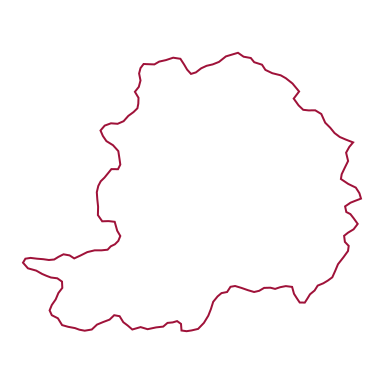 outline of Carmésia, Minas Gerais, Brazil
{"feature_id": "56859067B47042925526830", "entity_name": "Carmésia", "entity_type": "district", "adm_level": 2, "iso_a3": "BRA", "parent_name": "Brazil", "parent_adm1": "Minas Gerais", "projection": "orthographic", "projection_center": [-43.185, -19.056], "detail": "fine", "context": "isolated", "style": "outline", "palette": "rose", "viewbox_px": 384, "rotation_deg": 0, "n_neighbors": 0, "source": "geoboundaries", "source_scale": "gbopen_adm2", "svg_char_len": 2356}
<svg xmlns="http://www.w3.org/2000/svg" viewBox="0 0 384 384"><path d="M353.1,142.4L345.6,139.5L339.8,137.0L334.6,133.1L330.2,127.7L325.2,122.7L321.3,114.0L315.2,110.3L308.6,110.4L303.2,109.8L298.6,105.4L293.7,98.6L299.1,91.5L292.5,83.5L285.8,78.2L280.7,75.3L272.3,73.2L265.4,69.9L262.0,64.7L254.2,62.2L250.8,58.0L243.6,56.7L238.0,52.8L232.9,54.3L225.9,56.4L219.0,61.9L212.7,64.4L206.6,65.8L201.2,68.3L195.9,72.4L191.0,73.9L187.1,69.6L184.1,64.5L180.4,58.8L173.2,57.7L165.9,60.1L159.2,61.6L154.4,64.4L148.3,64.2L143.6,64.0L140.5,68.1L139.1,73.5L140.5,80.5L138.8,86.9L134.9,91.8L138.5,97.8L138.3,103.7L137.4,108.3L133.5,112.1L128.3,115.9L123.6,121.2L117.6,123.8L111.0,123.3L104.7,125.6L100.5,130.5L102.9,136.0L106.4,141.1L113.0,145.2L118.3,151.1L119.5,158.9L120.3,164.6L118.0,169.2L111.4,169.1L108.0,173.3L104.4,177.7L100.7,181.3L98.3,185.9L96.8,192.2L97.3,199.2L98.1,206.8L97.9,215.1L102.2,221.3L108.6,221.1L114.7,221.8L117.2,230.7L120.3,236.0L118.3,240.9L114.9,244.3L110.8,246.3L107.6,249.7L101.8,250.3L94.8,250.3L87.3,252.1L80.3,255.6L74.2,258.4L69.6,255.4L63.5,254.3L58.4,256.9L54.2,259.5L48.9,260.0L43.3,259.2L37.1,258.7L30.5,257.9L25.4,258.7L23.0,262.7L27.9,268.3L36.2,270.6L42.0,273.9L46.4,275.8L50.9,277.5L57.3,278.3L62.0,281.6L62.3,287.9L58.4,293.0L55.7,299.4L51.8,305.0L49.6,310.4L51.8,315.2L57.9,318.3L62.1,325.1L68.1,326.8L75.0,328.1L79.4,329.7L84.7,330.7L91.8,329.5L97.0,324.6L103.0,322.1L109.6,319.6L114.2,315.2L119.6,316.2L123.3,322.2L127.8,325.6L132.3,329.5L140.6,327.1L147.6,329.2L156.1,327.4L163.2,326.6L167.5,322.9L172.7,322.4L177.1,321.1L181.0,323.9L181.5,330.5L186.6,331.2L191.7,330.4L198.1,328.9L203.9,322.9L208.3,315.7L210.9,309.1L213.2,301.8L217.6,296.4L221.5,293.1L227.1,292.0L230.5,286.8L235.1,286.0L241.4,287.9L248.0,290.2L254.1,292.0L259.2,290.8L264.1,287.9L270.4,287.7L275.1,288.9L280.2,287.2L285.8,286.1L292.1,286.9L294.0,293.8L297.0,298.5L299.7,302.5L304.8,302.6L307.5,298.4L310.0,294.3L314.6,290.5L317.7,285.6L323.3,283.3L327.8,280.6L332.3,277.3L335.1,271.1L338.0,264.2L343.5,257.2L348.0,251.0L348.7,245.9L344.9,241.9L344.1,235.8L348.0,232.7L353.6,229.3L357.7,223.9L353.6,218.2L350.4,214.1L346.3,212.0L345.1,206.4L350.5,202.7L355.5,200.7L361.0,198.6L359.4,193.2L355.8,187.6L348.2,183.9L340.9,179.0L341.7,174.2L344.8,167.7L348.1,161.0L346.1,152.7L349.3,146.9L353.1,142.4Z" fill="none" stroke="#9f1239" stroke-width="2"/></svg>